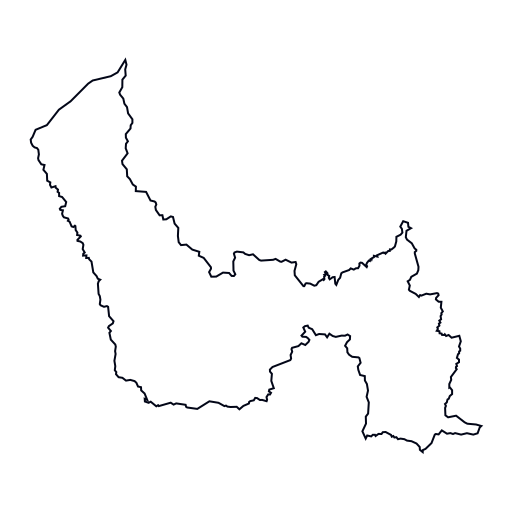 Chinchiná, Caldas, Colombia
{"feature_id": "7082276B13604936922856", "entity_name": "Chinchiná", "entity_type": "district", "adm_level": 2, "iso_a3": "COL", "parent_name": "Colombia", "parent_adm1": "Caldas", "projection": "mercator", "projection_center": [-75.645, 5.002], "detail": "fine", "context": "isolated", "style": "outline", "palette": "ink", "viewbox_px": 512, "rotation_deg": 0, "n_neighbors": 0, "source": "geoboundaries", "source_scale": "gbopen_adm2", "svg_char_len": 6039}
<svg xmlns="http://www.w3.org/2000/svg" viewBox="0 0 512 512"><path d="M403.2,221.2L400.3,226.6L401.9,228.9L402.4,232.6L400.6,234.7L396.4,236.8L396.3,241.4L394.9,246.5L393.8,247.6L391.4,249.5L389.9,249.4L389.8,250.9L388.2,251.0L385.6,253.6L385.0,252.6L384.1,253.1L383.2,252.5L377.0,255.3L377.4,256.6L373.9,255.8L373.9,257.2L372.0,258.2L371.7,259.2L371.4,258.6L370.3,259.3L369.9,261.0L368.8,260.6L367.1,262.7L366.1,264.9L367.1,266.2L366.7,267.1L362.0,262.8L360.5,262.6L359.4,263.5L359.5,265.7L358.1,268.2L355.9,268.3L353.8,269.6L350.7,268.4L349.2,270.0L342.5,272.4L341.3,273.3L340.1,277.8L338.3,279.8L336.3,284.9L335.3,283.7L334.6,277.0L332.7,277.2L329.7,279.3L328.8,277.8L329.2,275.9L327.6,275.0L327.4,273.1L325.8,271.4L324.9,272.1L326.1,274.0L324.3,274.8L325.1,275.8L324.1,276.7L324.4,279.2L323.7,280.0L322.9,279.2L318.6,281.8L316.3,285.2L314.3,285.7L310.2,283.6L306.5,283.2L305.6,283.5L304.3,286.1L303.4,286.1L294.8,275.3L294.5,270.9L296.3,264.2L295.6,262.0L291.5,262.6L285.6,259.7L281.5,261.8L280.2,261.6L275.6,258.9L273.1,259.8L261.1,260.6L259.3,260.0L253.0,254.3L249.1,255.2L245.1,253.9L243.4,252.4L236.9,251.6L234.5,252.5L233.9,253.7L235.1,257.7L233.3,261.4L233.5,270.6L235.3,274.3L233.9,276.0L231.6,275.9L229.1,273.0L223.0,272.6L216.2,276.6L211.3,276.7L209.1,272.1L211.0,268.7L210.9,267.2L203.7,257.9L198.8,255.7L199.3,251.8L192.3,249.6L186.4,244.6L181.0,245.1L178.7,242.2L177.9,236.0L178.3,227.9L174.6,223.6L173.0,217.0L170.8,216.4L166.3,219.3L163.3,219.5L162.4,215.2L159.6,215.3L155.9,210.0L155.3,206.8L156.3,204.5L155.7,202.5L154.6,201.5L150.5,200.5L146.1,191.9L135.8,191.1L135.9,186.6L132.8,184.5L129.9,179.1L127.2,176.3L126.8,169.3L122.5,164.1L122.0,160.7L127.6,153.3L125.7,148.3L126.0,143.8L127.9,141.3L125.9,137.7L125.8,134.1L130.5,128.5L130.7,125.3L132.4,122.9L132.4,119.3L128.1,113.4L127.0,107.1L124.4,103.7L123.3,98.6L120.1,94.7L119.3,92.5L122.3,87.2L122.4,79.6L125.7,75.6L125.2,69.4L126.5,64.7L125.3,59.9L117.6,72.4L110.8,76.2L92.7,80.5L88.2,83.6L70.7,101.2L58.9,109.7L46.9,125.1L35.6,129.8L32.6,136.9L30.7,139.5L31.1,142.7L32.7,145.8L34.6,147.4L37.0,148.1L38.3,149.8L38.9,154.4L38.1,158.2L38.5,160.1L41.3,164.3L44.5,165.0L43.4,169.8L46.9,173.9L47.2,180.7L50.3,182.4L50.0,184.8L51.4,187.5L55.5,186.2L55.7,187.7L58.0,189.6L57.6,191.8L59.1,192.9L59.1,196.1L62.1,197.0L66.2,202.0L65.2,206.2L61.4,206.8L59.8,208.8L60.3,209.9L62.9,210.3L62.1,213.8L62.8,215.8L63.9,217.3L68.1,218.5L68.6,219.6L67.9,220.8L69.6,221.7L71.6,226.4L73.4,227.0L74.9,225.7L75.4,226.1L75.7,230.1L77.4,232.6L77.1,235.0L80.4,235.7L80.8,236.4L77.4,239.9L77.5,240.9L80.3,241.5L82.7,243.1L83.4,244.8L82.7,249.1L84.7,252.5L83.3,253.7L83.1,255.6L86.4,255.4L86.2,258.0L88.8,257.9L89.2,259.3L91.5,261.6L93.3,272.4L96.6,276.1L97.8,278.7L100.2,279.7L98.7,281.2L97.9,283.7L98.6,293.9L99.8,296.1L100.4,299.7L99.8,304.1L100.6,305.3L104.0,306.8L106.9,306.1L108.1,306.8L109.1,316.2L113.5,321.2L112.8,323.4L108.9,326.1L108.1,327.7L110.9,331.0L109.4,332.8L110.8,339.6L115.3,344.5L115.8,346.6L115.1,351.1L115.6,354.0L114.4,360.8L115.3,366.2L114.8,370.2L116.3,372.1L116.0,374.2L118.6,377.2L122.4,377.8L126.0,380.6L130.3,379.9L134.6,381.1L136.4,382.8L138.0,386.5L141.0,387.2L141.2,390.4L144.6,393.5L147.2,399.9L144.7,398.8L144.9,401.5L148.6,402.8L150.7,401.7L156.3,406.3L158.1,405.2L158.8,406.1L170.7,402.7L173.6,404.6L176.2,403.4L185.6,404.8L186.1,406.8L187.2,407.5L197.3,408.9L209.4,401.3L218.5,402.8L224.4,406.1L226.0,405.6L227.4,406.6L230.5,407.0L236.7,406.8L239.4,409.3L243.4,405.9L248.9,403.5L249.1,402.0L250.3,401.1L253.8,400.3L255.2,397.9L257.1,398.1L259.9,400.0L262.1,399.9L266.6,401.2L267.1,399.7L266.5,397.1L268.2,394.4L270.0,394.5L271.0,392.8L268.9,391.4L269.3,389.6L273.8,388.2L271.3,380.9L271.9,373.8L270.0,371.6L269.9,369.6L272.5,367.0L290.3,360.1L291.1,358.6L290.6,355.0L292.2,351.7L291.5,349.1L292.1,347.8L298.4,346.1L301.4,343.3L305.3,345.0L308.6,341.8L309.4,339.9L307.8,338.1L306.1,336.9L302.4,336.7L301.5,335.6L305.2,331.7L303.3,327.5L304.9,326.2L307.7,325.6L308.7,327.7L312.2,329.2L315.9,335.2L319.1,334.0L325.0,334.4L327.1,337.3L329.4,333.7L332.7,336.0L335.8,336.9L341.6,335.6L345.0,335.7L347.6,334.5L350.1,336.1L349.9,339.4L347.0,342.2L345.1,345.8L347.2,348.3L347.4,352.3L349.1,354.7L352.2,356.8L358.5,357.4L359.4,358.1L360.6,362.8L357.8,366.4L358.3,369.8L360.1,375.0L364.8,376.1L364.9,380.5L366.9,384.0L368.0,390.6L366.6,396.8L368.8,402.4L368.1,413.6L365.8,416.6L366.0,423.6L362.4,431.3L365.7,438.6L367.2,435.5L371.2,436.4L372.8,434.8L375.0,434.8L375.6,436.0L378.5,433.9L381.5,434.0L382.8,432.2L385.6,432.0L391.0,434.9L391.8,436.7L393.3,436.0L394.4,437.5L396.4,437.2L398.0,439.2L400.5,438.6L404.4,439.2L407.0,440.6L411.5,441.2L416.5,443.5L419.7,447.0L419.9,449.8L422.7,452.1L422.8,450.1L425.5,448.9L431.5,443.1L434.8,434.6L435.8,434.0L438.6,434.4L441.8,430.4L447.0,433.7L450.4,433.1L453.0,434.0L455.1,433.1L461.1,434.6L466.9,433.2L473.3,434.6L477.6,433.3L479.7,427.5L481.3,426.0L476.1,424.5L467.3,423.7L464.6,422.3L456.1,415.7L448.1,417.3L445.4,415.3L445.1,407.9L445.9,405.9L445.0,404.0L446.8,402.4L447.5,399.5L448.8,398.7L449.8,396.0L452.1,394.1L452.1,390.2L449.8,387.3L449.3,387.6L449.3,384.0L451.2,379.9L450.9,377.0L456.7,369.2L455.9,368.1L456.0,366.9L457.0,366.1L456.3,363.9L459.0,362.2L459.0,359.6L456.9,357.9L458.0,354.2L459.1,353.4L459.1,351.5L460.2,350.7L460.2,348.6L459.0,346.5L460.8,341.3L459.3,335.8L451.6,337.7L448.6,335.0L446.1,336.0L444.8,334.3L444.3,335.0L442.0,334.9L441.6,333.6L439.6,333.3L439.4,331.2L436.8,330.8L437.9,329.0L437.3,327.4L439.4,325.6L438.9,323.6L440.4,322.6L439.3,320.6L441.1,319.3L440.6,316.1L441.6,314.5L441.3,313.2L442.8,311.4L440.8,307.7L441.4,301.8L438.6,301.7L435.9,299.4L436.1,297.9L438.6,295.2L438.2,293.6L437.0,293.1L430.1,294.4L426.3,293.7L421.4,295.6L420.1,295.1L418.9,297.0L415.7,293.9L409.8,290.8L408.9,289.7L409.8,285.5L407.7,281.3L409.9,279.9L411.3,276.8L416.9,273.6L418.3,270.2L418.5,266.8L414.8,253.5L414.8,252.1L416.3,250.8L416.3,249.8L414.6,248.4L411.8,243.3L407.0,239.6L405.8,237.2L406.5,230.8L411.0,228.2L408.4,226.8L408.0,222.8L403.2,221.2Z" fill="none" stroke="#020617" stroke-width="2"/></svg>